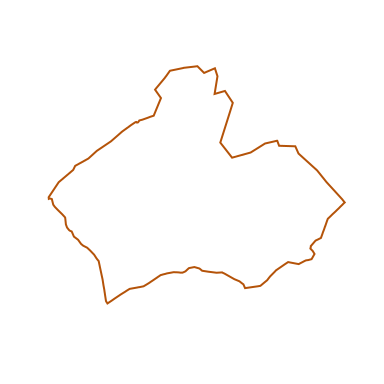 Um Rawaba, North Kordufan, Sudan, rotated 61°
{"feature_id": "16777658B38678989817787", "entity_name": "Um Rawaba", "entity_type": "district", "adm_level": 2, "iso_a3": "SDN", "parent_name": "Sudan", "parent_adm1": "North Kordufan", "projection": "equal_earth", "projection_center": [31.53, 13.161], "detail": "fine", "context": "isolated", "style": "outline", "palette": "amber", "viewbox_px": 384, "rotation_deg": 61, "n_neighbors": 0, "source": "geoboundaries", "source_scale": "gbopen_adm2", "svg_char_len": 3314}
<svg xmlns="http://www.w3.org/2000/svg" viewBox="0 0 384 384"><g transform="rotate(61 192 192)"><path d="M248.5,320.0L248.5,319.9L248.5,319.7L248.4,319.0L248.4,318.8L248.1,315.1L247.7,311.3L247.3,306.6L247.2,305.4L247.1,304.6L247.0,302.7L246.8,298.3L246.7,297.7L246.5,293.5L249.1,285.9L249.3,285.1L249.6,284.5L251.0,280.1L250.9,276.9L250.8,274.4L250.7,272.8L250.6,272.3L250.4,269.6L249.9,264.2L249.9,263.9L249.8,263.6L249.8,263.0L249.7,262.5L249.7,261.9L249.6,260.9L249.5,260.0L249.5,259.8L249.5,259.6L249.8,258.5L249.9,258.1L250.0,257.5L250.7,255.0L251.0,253.5L252.2,250.0L253.2,247.0L254.1,245.5L255.3,243.5L255.5,243.2L255.9,242.6L256.1,242.3L257.0,241.1L257.3,240.5L257.9,239.5L257.9,239.2L258.0,238.8L258.1,238.1L258.1,237.9L258.2,236.5L258.2,236.0L258.1,235.8L258.0,235.4L257.1,231.7L257.2,231.2L258.8,226.3L262.4,222.7L262.9,222.4L265.8,221.3L268.2,218.2L269.6,216.4L273.1,211.6L274.5,209.7L276.9,204.7L277.0,204.7L279.0,203.2L288.8,197.2L289.8,196.4L293.1,193.8L295.5,192.8L296.0,192.6L297.7,191.8L301.8,192.2L305.1,183.5L306.4,180.1L306.5,179.8L307.2,177.8L307.2,177.5L306.1,171.8L305.6,169.0L304.7,167.0L303.7,164.6L301.8,158.1L301.2,156.4L301.2,156.0L300.2,145.8L299.9,141.9L301.0,140.6L305.5,135.2L306.7,133.7L306.8,133.6L306.8,133.2L306.8,131.7L306.9,129.1L306.9,128.2L307.0,125.7L307.1,125.4L307.3,124.8L307.9,123.3L308.3,121.6L308.7,120.0L308.6,119.8L307.2,117.5L305.9,115.4L305.6,114.9L305.2,114.9L302.2,115.0L299.2,115.8L298.9,115.9L297.2,114.4L296.9,114.3L296.0,111.8L294.8,108.6L294.5,107.7L294.4,107.4L294.4,107.2L294.6,104.5L294.6,103.8L294.7,101.5L292.0,98.4L290.7,97.0L289.8,95.9L288.7,94.6L287.6,93.4L286.6,92.3L286.6,92.2L283.9,89.2L282.8,88.0L281.2,86.1L281.1,85.5L280.4,82.8L279.8,80.7L279.5,79.6L279.4,79.2L279.1,77.9L278.6,75.9L278.3,74.8L278.2,74.5L277.6,72.2L277.4,71.4L276.8,69.5L276.1,66.8L275.5,64.9L275.2,63.5L274.6,63.6L274.0,63.7L272.4,64.0L271.5,64.1L262.6,66.2L251.8,68.8L248.4,69.6L233.8,72.1L225.9,74.8L210.0,80.2L202.1,79.5L193.8,93.4L188.5,92.6L188.4,92.7L187.4,96.3L185.0,104.6L185.9,121.6L181.4,140.3L162.5,143.3L149.7,129.8L140.3,119.9L133.8,113.1L119.6,114.2L117.2,124.7L103.1,113.6L94.9,112.0L93.7,123.7L84.6,126.3L83.2,129.8L79.4,139.0L79.3,139.4L79.3,139.6L75.3,152.4L75.3,152.6L78.3,158.8L78.3,159.0L79.0,160.4L84.0,173.3L84.6,174.7L94.8,173.6L106.7,188.5L106.0,192.0L105.7,194.3L104.7,200.3L103.9,203.4L104.6,204.7L104.9,205.5L104.6,206.5L103.8,206.7L103.5,207.5L103.9,212.6L105.3,224.0L105.4,224.6L105.5,224.7L105.5,224.8L108.4,238.3L109.8,254.4L109.8,254.5L109.9,255.4L112.5,266.4L112.5,281.5L115.1,285.2L118.8,303.8L125.7,317.2L127.1,319.9L128.5,320.5L128.5,320.4L129.2,318.9L130.4,318.0L130.6,318.1L131.3,318.3L135.8,319.5L138.4,319.2L140.7,318.6L141.8,318.3L142.9,318.0L148.6,316.3L151.1,315.7L152.3,315.4L153.1,315.4L153.7,315.7L154.8,316.1L155.0,316.2L159.2,318.0L162.4,318.5L163.2,318.4L165.6,318.0L166.4,317.7L167.2,317.2L168.1,316.4L168.8,316.4L173.8,316.9L178.5,314.8L183.6,314.2L186.2,313.2L189.9,310.7L194.0,309.4L196.7,308.7L197.5,308.5L199.3,308.0L203.6,307.7L205.2,307.5L207.1,307.1L211.7,308.5L212.6,308.8L214.9,309.5L221.1,311.4L225.1,312.6L230.8,314.7L233.5,315.6L234.7,316.0L237.3,317.0L237.9,317.2L239.7,317.9L243.5,319.3L245.7,320.1L245.8,320.1L246.9,320.1L247.6,320.0L248.5,320.0Z" fill="none" stroke="#b45309" stroke-width="2"/></g></svg>